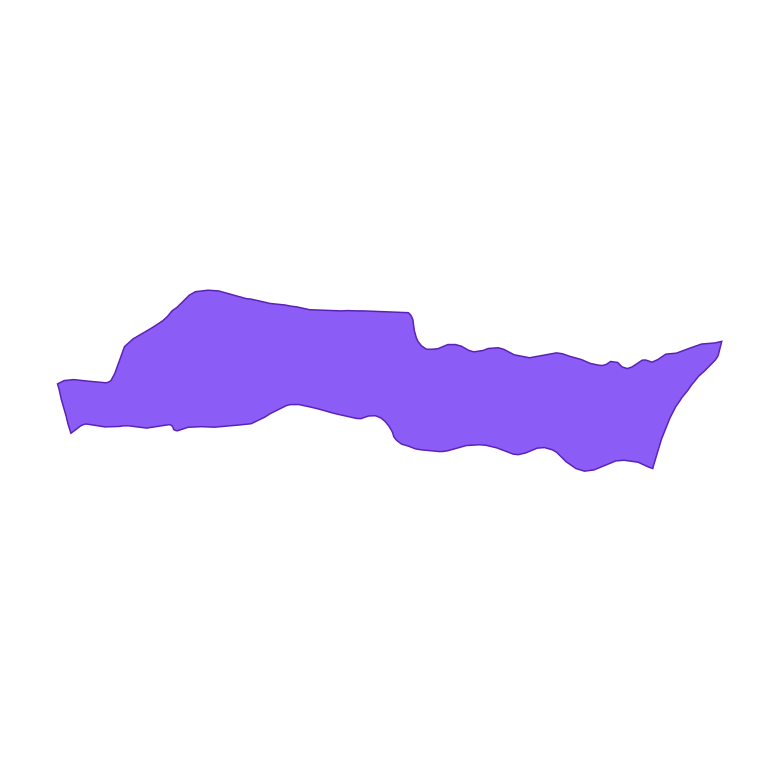 San Juan Cotzal, Quiché, Guatemala (Mercator projection), rotated 15°
{"feature_id": "79465075B84889349679373", "entity_name": "San Juan Cotzal", "entity_type": "district", "adm_level": 2, "iso_a3": "GTM", "parent_name": "Guatemala", "parent_adm1": "Quiché", "projection": "mercator", "projection_center": [-91.017, 15.425], "detail": "fine", "context": "isolated", "style": "filled", "palette": "violet", "viewbox_px": 768, "rotation_deg": 15, "n_neighbors": 0, "source": "geoboundaries", "source_scale": "gbopen_adm2", "svg_char_len": 2294}
<svg xmlns="http://www.w3.org/2000/svg" viewBox="0 0 768 768"><g transform="rotate(15 384 384)"><path d="M94.3,512.6L98.0,508.0L101.6,503.2L103.6,501.5L105.2,500.3L107.4,499.6L125.4,497.7L139.0,493.6L143.1,491.9L148.0,490.5L166.2,488.0L187.1,478.8L188.5,478.8L189.9,479.2L191.3,480.4L192.6,482.4L194.5,482.8L196.5,482.7L206.0,476.5L218.5,472.5L231.4,469.6L254.1,461.3L265.9,456.8L275.0,448.9L277.5,446.8L281.7,442.1L295.2,430.2L297.0,429.1L298.4,428.3L306.9,425.9L318.8,425.3L326.8,425.1L343.9,425.3L366.2,424.4L370.6,423.5L374.2,421.0L377.4,418.9L380.2,418.0L383.9,416.9L386.3,417.1L389.9,417.7L394.6,419.8L399.5,423.3L403.4,427.0L405.0,428.9L407.0,432.3L410.0,434.7L412.2,435.8L416.5,437.5L423.3,437.7L431.1,438.5L436.8,438.0L448.4,436.0L454.7,435.0L458.2,434.0L462.6,432.1L478.5,422.7L479.6,422.1L491.8,418.0L498.4,416.8L509.6,416.5L527.1,418.3L532.0,417.5L536.1,415.3L538.6,414.0L548.6,406.3L555.4,403.9L563.6,404.0L568.5,405.3L579.9,411.9L591.3,416.0L600.2,416.3L609.0,412.7L627.8,398.3L635.6,395.5L649.6,393.8L661.3,395.8L665.5,396.1L665.5,391.9L665.6,388.5L666.3,365.5L669.0,342.9L671.7,330.3L674.2,323.5L675.2,320.1L679.1,311.5L681.2,305.5L683.2,301.2L685.9,295.0L690.2,288.5L697.7,275.3L699.1,271.4L699.4,269.0L699.2,255.4L693.0,258.7L680.4,263.2L670.0,270.3L658.5,278.5L648.5,282.2L642.3,289.4L637.3,293.5L630.5,293.1L627.3,294.1L619.1,303.4L615.0,306.1L609.6,305.9L604.1,302.7L597.0,303.6L593.4,307.8L590.2,309.6L586.4,310.3L577.8,310.7L568.3,309.3L556.5,309.2L548.2,308.6L542.5,309.3L517.8,321.0L502.2,322.1L490.8,319.5L485.0,319.4L475.5,322.7L471.2,325.9L462.5,329.7L457.2,329.6L448.7,327.4L442.8,327.4L435.4,329.4L427.0,335.9L421.2,338.1L415.9,339.4L410.2,337.4L405.9,334.1L403.4,331.2L399.5,324.6L397.4,319.6L395.2,314.3L392.8,311.2L390.9,309.8L389.1,308.8L345.7,318.6L338.2,320.6L330.2,322.4L323.6,324.5L302.1,329.4L292.9,331.5L279.5,332.1L274.0,332.9L267.9,333.3L253.1,335.7L233.7,336.4L228.7,337.2L200.3,336.9L189.9,338.9L178.0,343.6L173.0,348.5L164.2,363.6L160.3,368.2L158.1,373.2L157.1,375.3L153.8,380.3L150.1,384.5L145.6,389.5L130.0,405.3L123.7,415.0L121.2,443.6L119.4,451.2L118.0,453.1L115.2,454.8L95.8,458.1L91.3,458.8L83.3,460.0L74.1,463.5L68.6,468.4L71.5,473.1L76.5,482.8L85.3,497.3L88.8,503.9L94.3,512.6Z" fill="#8b5cf6" stroke="#5b21b6" stroke-width="1.5"/></g></svg>